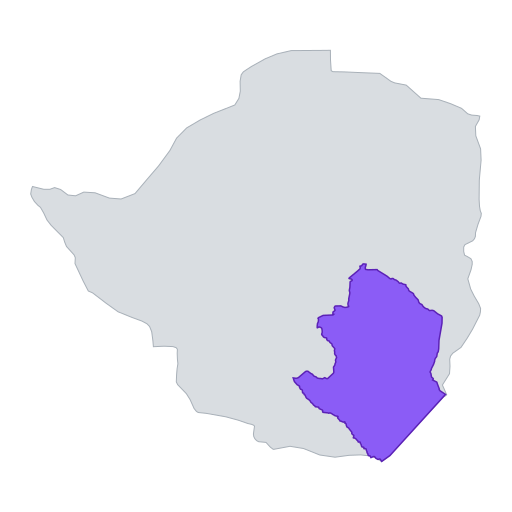 location of Masvingo within Zimbabwe
{"feature_id": "ZWE-532", "entity_name": "Masvingo", "entity_type": "Province", "adm_level": 1, "iso_a3": "ZWE", "parent_name": "Zimbabwe", "parent_adm1": "", "projection": "albers", "projection_center": [30.801, -20.777], "detail": "fine", "context": "in_parent", "style": "filled", "palette": "violet", "viewbox_px": 512, "rotation_deg": 0, "n_neighbors": 0, "source": "natural_earth", "source_scale": "10m", "svg_char_len": 8135}
<svg xmlns="http://www.w3.org/2000/svg" viewBox="0 0 512 512"><path d="M381.7,461.7L376.6,458.2L369.6,455.9L360.7,454.9L349.2,455.3L335.0,457.2L319.8,455.0L303.5,448.5L290.0,446.3L273.9,449.3L273.2,449.3L270.4,447.2L266.0,442.4L258.6,441.7L256.6,440.6L254.9,438.8L253.8,436.6L253.4,434.1L254.5,426.2L253.8,425.3L251.8,424.4L247.8,423.5L238.0,420.1L225.8,416.8L205.9,413.3L198.2,412.5L196.4,411.4L194.1,408.5L190.1,399.6L186.4,393.7L177.7,384.7L176.3,381.9L176.6,374.6L177.1,368.7L177.9,363.7L177.4,359.0L177.2,353.2L177.4,349.3L176.2,347.7L173.0,346.6L164.1,346.2L153.4,346.7L152.9,340.8L151.7,331.7L149.6,326.5L147.0,323.8L142.0,321.1L131.9,317.4L118.1,311.8L106.2,303.3L92.5,292.8L88.3,291.0L83.1,280.9L75.0,263.6L75.3,257.7L74.1,254.9L66.5,246.5L64.7,242.1L63.3,237.6L51.1,225.3L47.0,220.0L43.7,213.0L40.5,207.4L37.8,205.2L34.4,201.5L31.9,197.2L30.7,194.0L31.4,189.5L32.5,186.5L43.8,189.3L49.9,189.3L54.6,187.6L60.6,189.5L67.9,195.0L75.6,195.8L83.8,192.1L95.1,192.8L109.4,198.1L121.1,199.0L135.0,193.6L147.1,179.3L158.6,165.9L169.9,150.5L176.6,138.1L186.7,127.9L200.1,120.0L213.8,113.3L234.8,105.0L238.9,98.4L240.3,91.2L240.1,81.3L241.2,74.8L243.3,71.9L246.8,69.5L251.4,66.5L265.2,58.8L276.9,53.9L291.2,50.6L306.8,50.5L321.8,50.4L330.4,50.3L330.5,59.9L331.2,70.7L332.9,71.7L344.2,71.9L362.3,72.7L379.8,73.4L390.9,81.3L394.7,82.9L406.2,85.1L420.9,98.2L438.7,99.6L450.9,103.8L461.6,108.4L467.7,113.8L471.7,115.1L477.1,115.5L479.8,116.1L479.1,119.9L475.4,126.4L475.8,135.8L480.6,148.9L481.1,160.2L479.3,180.1L479.1,199.4L479.5,206.3L480.3,210.9L481.3,213.4L481.0,216.3L478.0,224.3L475.5,232.8L475.4,236.3L474.5,238.7L472.7,240.8L465.0,244.6L463.7,247.0L463.7,251.5L464.6,255.2L467.4,256.6L470.9,258.7L472.2,261.5L472.2,264.4L471.0,269.8L467.8,278.8L470.7,289.1L474.1,295.9L478.7,303.7L480.6,308.5L480.4,311.9L479.7,315.2L472.5,329.3L467.3,338.0L461.0,347.4L452.8,353.2L450.6,356.0L449.7,359.2L450.0,366.3L449.5,373.7L442.4,385.0L446.7,394.8L445.7,395.7L443.3,397.1L433.2,408.0L423.0,419.0L415.6,427.1L407.1,436.3L397.7,446.6L389.7,455.4L381.7,461.7Z" fill="#d9dde1" stroke="#a8b0b8" stroke-width="1"/><path d="M377.9,459.4L377.5,459.2L376.6,458.7L376.2,458.5L375.8,458.2L374.7,456.8L374.1,456.5L373.2,456.6L371.3,457.5L370.9,457.6L370.1,456.0L369.9,455.8L368.9,455.7L368.5,455.5L368.2,455.3L368.0,454.9L367.9,454.1L367.8,453.7L367.1,452.8L367.0,452.3L367.0,451.6L366.4,450.5L366.2,449.2L366.0,448.9L365.5,448.8L365.2,448.7L364.1,448.7L363.9,448.6L364.0,447.9L363.9,447.6L363.7,447.3L363.1,447.1L362.2,447.0L361.9,446.8L361.7,446.4L361.4,445.9L361.2,444.7L361.1,444.4L360.4,443.5L360.3,443.2L360.3,442.5L360.1,442.2L359.9,442.0L359.4,442.0L358.6,442.1L358.3,442.0L358.1,441.8L357.8,440.9L357.5,440.6L356.9,440.1L356.6,439.7L356.2,439.2L355.8,438.8L355.0,438.3L354.5,438.0L354.1,437.9L353.4,437.9L353.3,437.7L353.7,436.9L353.6,436.3L353.7,436.0L353.8,435.7L353.8,435.4L353.6,435.1L352.6,434.6L352.2,434.2L351.8,433.5L351.8,433.1L351.9,432.5L351.8,432.2L349.2,428.9L349.0,428.5L348.8,428.2L348.5,427.9L347.0,427.0L346.8,426.7L346.2,425.0L346.2,424.3L346.1,424.0L345.9,423.7L345.2,423.3L344.9,423.1L345.1,422.4L345.0,422.1L344.8,421.9L344.4,421.8L343.9,422.0L343.6,422.1L343.2,422.1L341.9,421.6L341.2,421.2L340.9,421.1L340.3,421.1L340.0,421.0L339.6,420.2L339.3,419.8L338.1,418.5L337.6,417.8L337.6,417.6L337.7,417.3L338.0,416.9L338.0,416.6L337.9,416.4L337.4,416.2L336.3,416.1L334.5,415.5L334.1,415.1L332.9,414.5L331.5,413.5L330.1,412.9L329.8,412.9L328.9,413.2L328.6,413.2L328.0,412.9L323.4,412.4L323.0,412.3L322.8,412.1L322.6,411.8L322.7,410.7L322.6,410.4L322.4,410.1L322.2,410.0L321.7,409.8L321.3,409.6L320.1,409.0L319.3,408.7L319.1,408.5L318.8,407.6L318.7,407.3L318.2,407.1L317.1,407.0L316.3,406.8L316.1,406.7L315.6,406.8L315.4,406.8L315.2,406.6L314.9,406.1L314.7,405.7L314.3,405.5L313.9,405.3L313.6,405.1L313.2,404.6L312.8,403.9L311.7,402.9L311.1,402.5L310.9,402.3L309.9,400.6L309.0,399.8L308.4,399.4L307.4,398.7L306.6,398.2L306.0,397.3L305.1,395.2L304.9,394.9L304.3,394.7L304.1,394.4L304.0,393.7L303.9,393.4L303.7,393.2L303.3,393.0L302.7,392.9L302.6,392.7L302.5,392.3L302.4,390.6L302.3,390.2L302.0,389.9L301.5,389.5L301.2,389.4L300.7,389.3L300.4,389.0L300.1,388.5L299.5,387.2L299.4,386.7L299.4,386.3L299.5,386.2L299.4,386.1L299.2,385.9L297.1,384.7L294.5,381.7L294.1,380.8L293.2,377.9L296.1,378.3L297.2,378.1L298.4,377.6L305.1,371.9L305.8,371.4L306.3,371.2L306.9,371.2L307.6,371.2L308.0,371.3L308.4,371.6L308.7,371.9L310.0,372.8L310.3,373.1L310.7,373.4L312.2,374.1L312.5,374.3L313.4,375.5L313.9,376.0L314.6,376.4L315.9,376.8L316.2,377.0L317.1,377.9L317.7,378.2L319.6,378.5L320.7,378.5L322.2,378.8L322.6,378.8L322.9,378.6L323.1,378.5L323.8,378.2L324.4,377.7L324.6,377.7L324.9,377.7L325.9,378.3L326.7,378.6L327.1,378.6L327.6,378.6L333.3,373.3L333.7,372.6L333.8,371.7L333.5,367.2L333.6,366.9L333.8,366.6L334.4,365.8L334.6,365.4L334.8,365.1L335.1,363.6L335.7,362.4L335.8,361.7L335.5,360.4L335.5,360.1L335.7,359.4L336.4,358.0L336.5,357.7L336.6,357.4L336.3,356.7L336.1,355.7L335.0,354.7L334.9,354.4L334.7,353.7L334.6,353.4L334.7,352.3L334.7,351.9L334.4,350.9L334.4,350.5L334.5,350.0L334.7,349.3L334.8,348.8L334.7,348.5L332.3,345.8L332.1,345.2L332.0,344.4L331.9,344.1L331.8,343.9L331.6,343.7L330.1,342.6L329.7,342.1L329.3,341.2L329.1,341.0L328.8,340.9L327.8,340.7L327.3,340.3L327.0,339.9L326.7,339.3L326.7,338.3L326.6,338.0L326.4,337.9L326.1,337.8L325.0,337.7L324.4,337.5L323.8,337.2L323.2,336.6L322.4,335.3L322.2,335.1L321.9,335.0L321.7,334.6L321.7,334.0L322.2,332.5L322.2,331.2L322.1,330.0L321.9,329.1L321.7,328.3L321.4,327.9L320.6,327.4L319.7,327.1L318.7,327.0L317.7,327.7L317.4,327.8L317.2,327.7L317.2,325.9L317.5,323.4L318.2,322.1L318.5,320.0L318.4,319.2L318.3,318.7L318.0,318.3L318.2,318.0L318.6,317.6L322.9,315.5L323.2,315.4L332.5,315.0L333.2,314.8L333.5,314.5L332.9,314.5L332.8,314.4L332.8,314.1L333.0,313.5L332.9,313.1L332.9,312.8L333.0,312.2L333.1,311.9L334.5,310.9L335.0,310.3L335.0,309.9L334.7,309.3L334.6,308.8L334.4,308.4L334.2,307.9L334.2,307.6L334.9,306.3L335.4,306.0L340.3,305.9L340.8,305.9L341.3,306.1L342.9,306.9L344.6,307.4L345.3,307.4L346.0,307.4L347.7,307.0L348.6,306.6L348.7,306.3L348.6,306.0L348.2,305.7L348.0,304.6L347.9,303.8L348.1,302.7L348.7,300.8L348.8,300.4L348.7,298.9L348.8,298.4L349.8,293.5L349.8,292.9L349.8,292.3L349.5,291.4L349.3,290.4L349.9,287.2L350.1,282.2L350.2,281.7L350.5,281.4L351.1,281.1L351.9,280.7L352.2,280.2L352.1,279.8L351.8,279.4L351.4,279.1L349.6,278.7L349.2,278.6L349.0,278.4L349.1,278.1L349.6,277.6L357.6,271.0L360.1,268.7L360.2,267.4L360.0,266.8L359.9,266.4L360.0,266.1L361.2,265.9L361.7,265.7L362.0,265.2L362.7,264.3L363.0,264.0L363.6,263.9L365.6,264.1L366.1,264.2L366.0,265.0L365.9,265.4L365.7,265.7L365.8,266.0L365.5,266.6L365.3,267.3L365.3,268.1L365.3,268.8L365.4,269.1L365.6,269.4L368.1,269.8L377.1,269.6L377.8,270.5L387.2,276.3L389.3,278.1L390.0,278.6L390.7,278.9L391.0,278.9L391.3,278.9L391.9,278.5L392.3,278.5L392.9,278.5L393.2,278.6L393.5,278.8L394.1,279.4L394.4,279.6L394.7,279.7L395.8,280.0L396.4,280.3L398.3,281.8L399.2,283.0L399.6,283.2L399.9,283.3L400.8,283.0L401.3,283.0L402.0,283.5L403.3,284.2L403.9,284.3L405.3,284.6L405.7,284.7L405.9,284.9L405.9,285.8L406.1,286.3L406.4,286.8L408.1,288.6L408.3,288.8L408.7,290.2L408.9,290.6L409.4,291.1L409.8,291.4L412.4,292.9L413.1,293.4L413.5,293.8L414.0,295.3L414.4,295.8L415.7,297.4L417.4,299.1L418.2,300.0L418.8,302.2L419.1,302.6L419.5,303.2L420.1,303.7L421.6,304.4L422.0,304.7L422.2,305.0L422.7,305.9L423.1,306.4L424.0,307.3L425.2,308.2L426.0,308.6L427.7,309.0L428.1,309.3L429.0,310.2L429.3,310.4L429.7,310.6L431.0,310.4L432.1,310.3L433.1,310.5L433.9,310.8L437.6,313.8L440.6,315.4L441.6,316.0L441.8,316.6L442.1,317.2L442.0,323.2L439.0,340.3L438.7,348.9L438.2,351.8L437.3,353.0L436.7,356.6L435.5,358.1L435.0,359.1L434.7,360.1L434.6,361.4L433.5,364.5L431.5,368.4L431.2,369.7L430.9,370.3L430.1,371.7L430.1,372.2L430.6,372.9L430.9,373.5L431.4,376.3L431.5,376.9L431.9,377.4L433.1,378.4L433.3,379.0L432.6,380.0L436.6,382.0L436.9,382.3L437.3,383.7L439.2,388.7L439.2,389.6L440.1,390.8L445.5,394.4L389.9,455.6L381.7,461.4L380.4,459.5L379.9,459.0L379.3,459.0L378.4,459.4L377.9,459.4Z" fill="#8b5cf6" stroke="#5b21b6" stroke-width="1.5"/></svg>